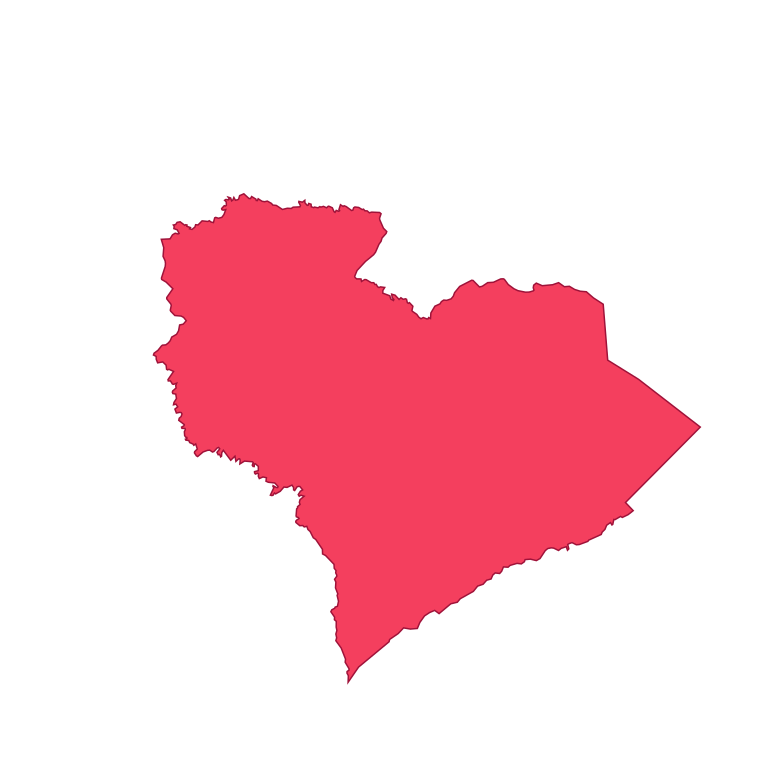 Mwingi West, Eastern, Kenya, rotated 320°
{"feature_id": "3690345B22198940380299", "entity_name": "Mwingi West", "entity_type": "district", "adm_level": 2, "iso_a3": "KEN", "parent_name": "Kenya", "parent_adm1": "Eastern", "projection": "albers", "projection_center": [37.946, -0.954], "detail": "fine", "context": "isolated", "style": "filled", "palette": "rose", "viewbox_px": 768, "rotation_deg": 320, "n_neighbors": 0, "source": "geoboundaries", "source_scale": "gbopen_adm2", "svg_char_len": 6171}
<svg xmlns="http://www.w3.org/2000/svg" viewBox="0 0 768 768"><g transform="rotate(320 384 384)"><path d="M226.0,213.6L227.2,216.4L225.4,218.7L224.2,222.3L228.7,224.9L229.2,229.5L226.9,233.0L227.3,234.1L228.7,234.5L230.9,239.1L221.3,241.8L220.7,243.0L222.4,244.4L221.9,248.0L222.6,249.0L225.7,250.1L223.4,251.4L222.2,253.4L217.7,253.5L216.6,254.2L216.1,255.6L218.0,257.9L215.7,261.7L211.3,263.1L209.4,264.6L211.7,265.7L211.3,268.9L207.7,268.8L206.3,272.8L209.4,274.5L210.3,275.6L210.0,277.1L207.7,278.5L205.1,278.6L203.4,279.9L204.9,286.7L204.0,287.4L201.2,286.9L200.7,288.1L203.0,290.2L202.4,291.3L200.4,292.2L198.1,295.4L197.9,297.2L198.6,298.2L197.9,299.1L196.4,298.6L196.1,299.6L198.1,301.8L197.5,304.0L199.1,307.2L198.9,308.7L201.2,308.9L199.2,313.8L195.5,314.1L194.5,314.9L194.1,318.4L194.6,319.8L201.8,319.8L206.2,321.4L208.0,322.7L208.9,325.9L210.3,326.4L215.2,325.8L216.5,326.3L216.5,328.1L212.1,329.0L211.5,331.6L212.6,332.1L212.6,333.5L212.0,334.8L213.1,334.9L215.6,332.3L218.3,331.5L217.6,343.9L223.4,343.5L220.8,348.1L224.5,347.9L225.3,348.5L224.9,349.9L222.2,352.6L227.6,353.4L233.2,359.0L233.3,360.1L230.9,361.5L230.7,363.0L231.5,363.8L233.3,361.9L234.2,362.6L234.8,366.3L232.0,369.6L228.5,367.9L227.7,368.9L227.6,370.3L230.0,371.2L230.1,372.2L228.4,373.9L227.7,376.3L231.5,377.4L233.7,380.2L231.1,382.6L232.2,384.9L236.7,389.6L237.0,394.3L236.0,395.0L235.0,394.1L233.7,390.6L233.0,391.2L233.0,392.6L225.5,396.1L226.3,397.3L227.4,397.9L230.0,397.1L230.3,398.5L235.5,399.5L241.1,398.6L243.3,400.9L248.5,402.3L248.2,405.1L246.7,407.0L247.1,408.2L251.3,406.9L252.6,407.4L253.7,408.5L253.6,412.8L251.0,412.4L247.2,413.6L246.9,415.5L248.9,415.8L250.7,418.6L245.4,418.6L243.1,420.2L242.3,422.3L238.9,422.4L238.3,423.3L236.8,423.5L231.9,428.5L231.5,429.4L232.6,431.3L232.4,432.5L229.6,432.1L228.2,432.4L227.5,433.5L228.4,438.4L230.8,440.2L231.0,442.2L233.4,443.4L232.2,446.6L232.6,449.5L231.0,456.3L231.8,459.2L230.6,471.0L227.7,474.7L229.0,477.8L229.8,490.0L227.4,493.2L227.3,496.1L225.6,497.6L225.0,499.9L224.3,500.9L220.6,501.8L219.8,504.8L215.8,509.0L213.7,515.1L212.2,515.8L209.5,521.2L205.4,524.4L203.2,523.5L202.0,524.1L198.9,523.4L196.9,524.3L196.3,530.8L194.5,532.7L194.9,535.1L191.1,539.5L189.5,542.5L186.4,544.6L184.6,548.0L182.1,549.7L181.5,558.7L177.7,570.0L175.4,572.2L174.2,579.6L173.2,580.7L170.9,580.5L169.8,581.7L169.2,584.5L164.8,589.4L182.6,584.5L220.3,584.7L222.2,584.7L224.1,583.3L234.5,584.3L242.2,583.4L246.7,588.7L252.4,592.7L258.2,589.7L266.0,587.7L272.1,588.4L277.3,590.0L278.6,595.3L293.9,595.3L299.9,598.3L304.4,597.5L319.2,600.3L325.8,599.0L331.2,601.1L336.5,600.3L340.7,602.2L344.5,600.3L347.7,600.2L350.8,603.5L353.7,603.1L357.9,600.9L361.3,604.1L364.0,604.0L370.6,606.9L373.6,610.1L377.3,610.4L379.2,609.2L383.6,612.3L387.2,617.2L391.3,618.0L400.4,615.3L403.7,615.3L406.8,617.0L408.5,618.8L410.7,623.7L414.1,623.8L419.0,625.8L417.7,629.3L419.6,629.1L421.6,625.0L423.4,625.3L426.1,626.4L428.0,630.8L430.4,632.5L439.0,635.6L440.5,635.2L453.7,638.9L455.9,637.7L459.8,637.4L463.8,635.3L468.4,635.7L468.0,638.5L469.0,638.6L473.0,635.5L473.8,636.4L480.1,637.5L480.8,639.4L487.0,641.0L493.5,641.2L492.8,630.0L598.6,620.3L582.0,544.0L570.7,509.5L603.2,463.8L599.8,452.7L598.3,443.4L594.0,439.1L590.8,434.1L588.8,428.3L584.7,425.4L582.9,418.6L576.9,416.3L568.4,410.4L565.5,404.6L562.2,404.5L560.2,406.2L559.2,408.5L558.2,408.6L554.3,406.9L551.4,404.6L546.6,398.6L544.8,394.7L543.1,387.7L543.5,381.2L543.0,380.1L540.9,378.5L533.2,376.4L528.6,373.0L522.1,372.3L519.5,371.0L518.8,362.0L517.9,360.9L504.7,357.9L496.8,359.4L493.5,361.3L490.1,361.9L485.8,360.2L483.7,358.1L480.9,357.8L478.4,358.6L473.0,357.1L465.6,359.7L461.7,363.7L460.9,361.8L459.6,362.4L458.6,361.6L456.8,358.3L454.3,357.8L453.6,355.2L453.9,351.7L452.5,346.7L452.6,345.7L456.1,343.0L455.8,338.0L454.5,337.8L454.2,336.6L455.7,333.6L455.3,332.6L453.1,331.4L452.4,328.8L449.9,328.9L449.6,323.1L447.6,320.1L445.8,323.2L445.9,325.6L444.9,326.1L443.8,323.2L445.2,320.2L441.5,313.7L443.1,311.7L446.6,310.5L443.7,307.3L442.2,306.9L441.6,305.3L442.1,302.7L441.0,301.9L441.3,299.8L439.4,298.2L437.4,292.6L436.4,291.6L432.7,291.0L433.9,288.7L430.6,285.9L430.3,283.8L430.7,282.7L436.4,279.7L448.7,278.2L459.1,278.3L462.2,277.6L470.0,273.7L473.5,272.8L476.3,270.9L482.4,270.0L484.1,269.0L483.7,264.3L486.3,255.5L487.2,254.1L491.2,251.7L490.9,249.8L485.0,244.4L482.8,243.4L482.4,240.6L480.7,239.0L480.7,236.9L479.4,236.3L478.1,232.5L475.5,229.7L474.0,229.5L471.9,230.8L470.7,230.3L469.1,223.8L468.0,221.8L466.8,221.7L465.9,218.7L461.6,221.4L461.4,222.7L460.3,222.6L459.0,220.3L456.8,221.0L456.5,219.9L457.7,215.8L456.3,212.8L455.6,212.0L453.3,212.1L451.8,209.0L449.3,207.9L448.9,206.9L446.7,206.6L444.5,203.8L443.6,203.8L442.2,201.5L443.7,199.4L442.4,197.3L440.7,198.3L440.0,197.8L439.9,194.3L441.4,192.4L438.4,192.3L436.2,189.4L435.5,190.0L434.7,193.6L433.4,194.2L428.0,190.1L425.8,189.9L422.9,187.2L418.4,185.0L416.3,178.0L413.8,175.4L413.9,173.4L412.2,168.9L409.7,167.6L408.0,165.6L406.7,161.2L404.9,162.1L404.1,161.3L404.7,160.0L403.1,155.3L401.0,156.1L399.8,155.1L398.9,148.2L394.5,146.9L391.5,148.9L390.4,148.8L388.3,147.7L388.9,144.6L386.5,145.9L385.0,145.8L386.1,142.9L384.7,140.7L384.4,142.8L383.1,142.8L381.5,141.0L380.0,140.8L380.2,143.1L378.1,145.8L377.0,145.8L376.3,144.7L372.4,145.2L371.9,146.2L372.5,147.4L374.9,148.7L370.3,151.3L366.9,152.1L363.7,150.6L362.2,148.2L361.1,147.9L357.1,150.7L355.7,148.9L355.1,146.6L353.6,146.3L349.5,142.1L343.8,142.6L342.1,140.9L340.1,142.2L336.3,142.2L334.8,140.1L336.3,139.7L334.3,136.5L335.3,135.6L334.5,134.5L333.4,134.4L332.1,128.7L329.4,127.2L326.9,127.9L324.8,126.8L324.6,128.4L322.9,129.9L324.7,133.0L323.8,137.0L322.7,136.7L321.0,134.3L319.5,134.0L317.8,133.8L313.4,135.3L306.4,130.0L302.9,138.0L296.8,144.2L295.5,149.0L294.0,151.3L292.0,153.3L281.6,159.8L280.9,161.0L282.6,165.9L283.5,175.3L273.2,178.1L272.3,179.1L272.1,185.8L271.5,187.1L267.7,190.1L267.4,191.2L267.8,197.1L272.3,201.6L273.3,204.2L273.2,208.4L268.7,209.1L265.4,207.4L260.8,211.2L257.0,212.6L251.6,211.6L248.1,213.4L245.3,213.9L242.1,213.8L239.2,211.8L237.9,211.8L232.5,212.9L227.7,212.6L226.0,213.6Z" fill="#f43f5e" stroke="#9f1239" stroke-width="1.5"/></g></svg>